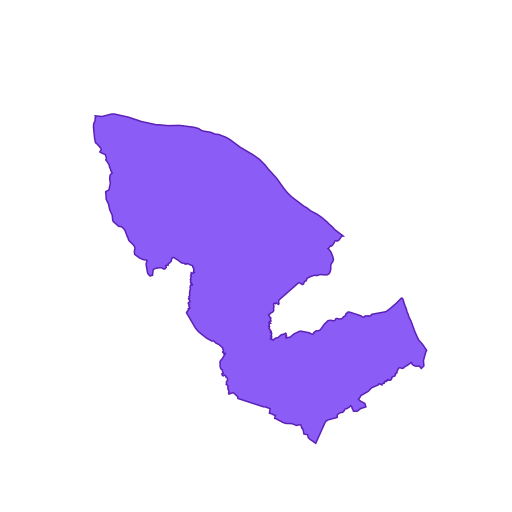 the district of Nong Wua So, Nong Bua Lam Phu, Thailand, rotated 155°
{"feature_id": "78962969B8714303156846", "entity_name": "Nong Wua So", "entity_type": "district", "adm_level": 2, "iso_a3": "THA", "parent_name": "Thailand", "parent_adm1": "Nong Bua Lam Phu", "projection": "natural_earth1", "projection_center": [102.601, 17.184], "detail": "fine", "context": "isolated", "style": "filled", "palette": "violet", "viewbox_px": 512, "rotation_deg": 155, "n_neighbors": 0, "source": "geoboundaries", "source_scale": "gbopen_adm2", "svg_char_len": 6080}
<svg xmlns="http://www.w3.org/2000/svg" viewBox="0 0 512 512"><g transform="rotate(155 256 256)"><path d="M369.0,359.9L369.1,353.7L370.8,348.9L370.8,347.5L367.9,340.9L365.5,339.4L364.2,336.2L364.0,333.9L364.5,327.2L364.2,326.8L364.6,325.6L364.6,323.4L362.6,318.4L362.1,315.9L362.4,314.2L364.3,311.7L365.3,308.7L362.3,303.3L359.7,300.3L356.9,298.5L356.6,297.8L358.7,295.7L359.5,293.8L361.4,286.6L361.3,284.8L360.6,282.9L360.0,282.4L359.0,282.6L358.0,282.2L354.9,287.1L352.5,287.3L347.9,286.0L346.3,285.0L345.3,283.3L343.8,282.8L342.1,283.6L342.0,285.5L339.3,284.9L338.9,286.1L337.1,286.3L334.7,287.3L334.4,288.2L333.0,289.5L332.0,289.8L331.3,289.4L328.8,285.8L326.3,281.1L324.1,279.8L323.7,278.7L322.8,278.1L322.1,278.4L320.4,277.3L319.8,276.3L317.4,273.8L318.1,272.3L317.5,271.1L319.2,268.2L318.8,267.2L319.4,267.1L319.4,267.7L320.3,266.9L321.7,268.2L321.9,267.6L322.6,267.1L322.7,266.2L323.2,265.9L322.9,265.8L323.2,264.8L324.3,263.9L325.0,262.4L325.5,262.3L325.7,260.8L326.5,259.8L325.9,258.9L325.9,258.2L326.5,258.4L326.9,257.8L326.2,257.8L325.7,256.8L326.4,256.5L326.6,257.1L327.3,257.3L328.3,256.5L329.0,255.5L329.5,253.5L330.4,252.9L331.2,251.4L331.8,250.8L332.7,248.2L333.8,247.7L334.2,245.9L334.9,246.1L335.2,245.8L334.9,242.9L335.7,242.0L336.9,242.4L337.3,241.9L337.5,241.0L337.0,239.9L338.0,239.1L337.8,236.8L339.3,236.2L339.2,236.9L339.5,237.0L340.7,235.2L341.6,235.0L343.0,234.0L341.3,216.0L340.1,211.6L335.4,202.2L332.8,198.8L332.3,197.8L330.2,196.8L329.0,193.8L327.0,191.4L325.2,187.2L325.1,186.0L325.5,185.2L325.3,184.6L325.5,184.0L325.9,183.4L326.7,183.3L326.9,182.8L326.3,182.1L326.4,181.4L326.0,181.2L326.2,180.8L325.3,181.1L325.0,180.6L330.0,177.2L332.5,176.1L333.8,174.7L334.0,173.4L334.9,171.9L335.5,169.8L335.4,168.0L334.7,167.3L335.3,164.9L335.1,163.7L335.5,163.4L336.6,163.7L337.0,162.7L336.7,161.6L336.1,161.1L335.2,161.4L334.6,160.9L334.2,159.8L334.4,158.7L333.9,158.5L333.5,157.0L334.3,155.6L336.1,154.3L336.8,152.6L337.3,152.1L336.4,150.9L336.3,149.8L337.2,148.7L337.7,146.9L337.6,145.8L337.9,144.3L338.1,143.8L338.7,143.6L338.9,142.3L334.3,141.8L332.1,136.5L332.6,134.5L314.2,117.3L312.9,116.1L311.5,115.4L307.7,111.7L310.3,107.9L307.8,105.6L307.5,104.8L305.8,103.4L307.7,100.9L306.3,99.7L304.7,97.3L302.9,95.3L302.6,94.4L299.8,91.7L294.2,88.8L290.9,85.3L288.0,84.7L286.7,83.9L287.3,80.6L286.8,80.2L286.8,78.3L287.8,74.4L284.8,72.3L285.4,69.3L284.6,67.1L281.0,61.0L263.9,75.8L262.4,76.7L260.0,77.0L250.6,75.4L249.6,77.6L247.8,78.2L245.7,78.4L243.9,77.7L242.3,78.0L239.9,79.7L238.1,79.3L235.3,79.6L233.4,80.3L232.9,78.7L233.3,77.2L233.1,75.8L233.3,74.2L230.0,72.5L225.7,73.5L220.2,72.8L219.8,74.8L219.7,76.5L222.6,80.3L223.7,82.9L221.2,84.1L220.2,85.1L211.6,85.9L206.9,87.7L199.5,87.5L198.7,88.3L198.0,87.9L196.4,85.9L195.7,86.8L194.8,86.9L194.0,86.4L193.3,86.7L193.5,87.0L192.7,87.6L192.0,87.9L191.3,87.4L191.0,87.8L190.5,87.4L189.9,88.0L189.5,87.7L188.9,88.2L188.5,88.2L188.3,87.4L186.5,86.6L184.8,87.4L184.5,88.5L182.3,88.8L181.1,88.5L179.9,89.3L179.8,90.0L178.5,90.4L178.2,90.8L177.5,90.7L177.1,91.7L174.1,94.1L172.6,93.8L171.1,92.4L169.8,92.1L168.1,92.7L164.6,93.0L160.3,93.9L160.2,92.0L159.6,90.5L157.7,88.5L154.6,87.3L153.7,84.2L150.3,85.4L148.4,90.5L142.5,97.4L141.2,98.3L142.4,105.7L144.0,111.0L144.1,114.4L144.0,120.2L143.0,131.6L143.2,136.0L142.7,139.2L142.8,141.4L142.2,143.8L141.8,150.0L141.2,153.7L141.2,155.7L141.4,156.0L142.1,156.4L149.1,153.8L155.9,151.9L161.1,150.7L162.5,150.8L175.1,154.1L176.2,154.2L176.8,153.3L177.9,153.3L178.8,153.9L179.7,153.9L179.8,154.6L181.2,154.8L182.1,155.5L183.4,155.3L184.0,154.9L185.1,155.6L186.2,157.5L193.7,164.5L195.6,166.1L196.7,166.3L197.3,165.8L198.2,165.9L199.1,165.5L200.2,164.1L202.5,163.9L204.5,162.9L207.3,163.7L208.7,165.0L209.9,165.5L211.7,164.3L212.8,164.3L215.4,166.2L218.1,167.0L223.2,165.2L228.9,161.9L231.0,161.9L233.2,162.8L236.2,162.1L236.7,161.3L237.4,161.2L238.7,161.7L240.1,163.9L246.9,168.8L248.4,169.4L254.7,169.3L259.3,168.0L263.3,169.1L262.5,170.1L262.7,170.7L262.1,170.8L262.2,171.6L261.6,172.5L261.9,173.6L263.9,173.4L266.2,174.0L270.8,172.7L273.1,173.4L275.9,172.5L276.1,173.1L276.8,173.2L276.8,174.4L277.6,174.6L277.0,174.9L277.1,175.7L275.9,176.0L276.3,177.3L275.6,177.3L275.0,178.8L274.5,179.2L275.0,180.5L274.3,180.5L274.1,181.7L274.7,182.1L274.3,183.6L274.9,184.7L273.5,186.4L274.1,187.0L273.3,187.6L272.6,189.3L271.6,189.0L272.2,190.0L271.4,190.1L271.4,191.0L269.9,190.7L269.6,192.7L268.7,193.4L269.5,195.1L269.1,195.6L269.5,196.5L269.0,197.1L269.2,197.5L267.2,197.7L266.4,198.3L265.6,198.0L264.8,198.1L263.3,198.8L262.8,199.4L262.3,201.0L261.1,202.5L260.7,204.4L260.0,205.5L259.1,205.2L258.6,204.6L257.8,205.0L256.0,202.6L255.2,203.3L254.8,205.0L253.8,206.4L228.6,213.8L227.4,212.7L226.1,210.6L224.8,210.5L223.2,212.2L220.9,212.4L219.1,214.2L215.2,214.3L211.3,213.9L209.1,212.5L207.1,212.4L204.2,211.4L203.0,210.5L199.3,208.8L197.2,209.1L195.3,210.5L193.5,213.0L192.3,215.7L191.3,217.0L189.0,218.3L187.3,220.0L186.7,222.8L186.4,227.5L186.6,229.3L187.6,232.2L187.0,232.1L185.5,233.2L183.8,233.7L183.3,233.1L181.7,233.7L179.9,234.7L178.2,236.2L177.1,236.3L176.3,235.2L174.5,235.3L173.7,235.5L170.1,237.7L168.5,237.2L173.4,246.5L174.7,250.6L176.5,254.6L177.0,256.4L180.3,263.5L183.0,268.1L187.2,273.5L189.7,278.4L191.5,280.8L198.9,294.9L200.9,300.4L202.3,306.0L204.2,316.6L205.2,320.2L208.3,330.2L209.3,334.6L212.0,342.1L216.0,349.1L224.3,361.2L230.2,372.2L232.9,376.1L238.4,381.9L241.5,383.7L244.7,387.2L251.2,391.7L252.6,393.2L254.1,395.7L257.8,398.9L270.1,406.7L280.8,411.4L289.2,416.4L290.1,416.5L302.9,426.2L313.0,435.8L324.3,444.5L326.8,445.7L336.6,447.5L342.5,451.0L342.7,449.5L343.6,448.9L344.5,446.8L347.2,444.5L348.8,441.6L352.6,430.8L353.5,427.0L353.4,425.9L352.5,424.3L351.1,419.0L351.2,417.9L353.4,416.5L353.5,416.0L349.7,411.5L350.2,407.7L351.4,406.8L351.5,405.9L351.0,404.5L350.6,400.4L351.2,398.8L351.2,395.8L351.5,394.7L351.2,392.2L351.5,391.8L352.4,391.9L354.2,390.8L356.0,387.8L357.4,383.3L361.1,378.4L361.8,378.0L364.9,377.9L365.6,376.7L366.0,375.0L367.8,370.9L367.7,365.5L369.0,359.9Z" fill="#8b5cf6" stroke="#5b21b6" stroke-width="1.5"/></g></svg>